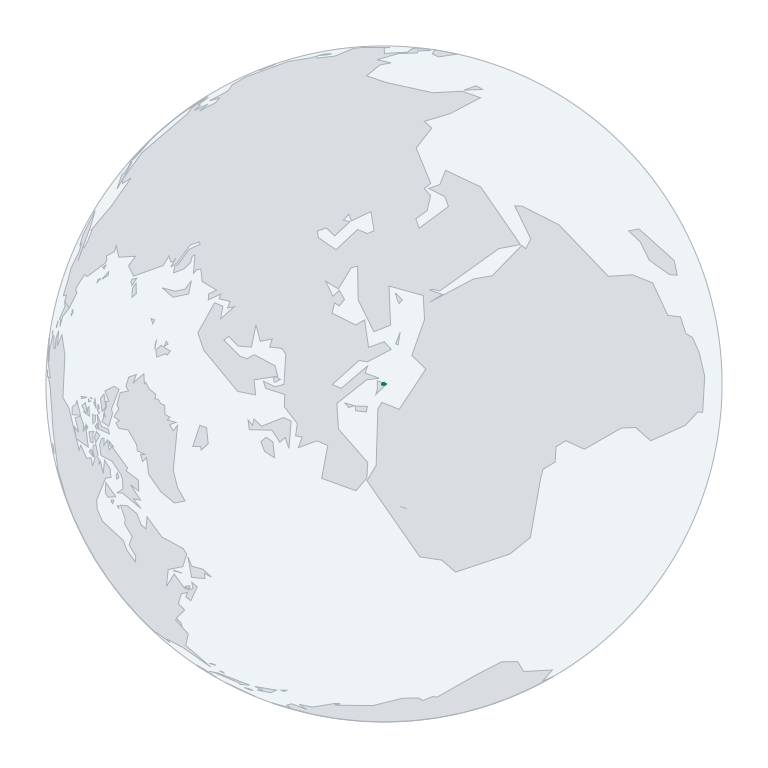 Siracusa highlighted on a globe, orthographic projection, rotated 278°
{"feature_id": "ITA-5414", "entity_name": "Siracusa", "entity_type": "Province", "adm_level": 1, "iso_a3": "ITA", "parent_name": "Italy", "parent_adm1": "", "projection": "orthographic", "projection_center": [15.03, 37.033], "detail": "medium", "context": "on_globe", "style": "filled", "palette": "green", "viewbox_px": 768, "rotation_deg": 278, "n_neighbors": 0, "source": "natural_earth", "source_scale": "10m", "svg_char_len": 11331}
<svg xmlns="http://www.w3.org/2000/svg" viewBox="0 0 768 768"><g transform="rotate(278 384 384)"><circle cx="384" cy="384" r="338" fill="#eef3f6" stroke="#a8b0b8"/><path d="M229.9,83.3L238.3,79.4L228.9,84.1L235.3,81.4L247.5,75.8L254.0,72.9L292.4,62.7L333.6,54.1L344.3,50.8L343.8,52.7L362.5,47.3L383.4,46.2L361.1,48.0L359.9,48.9L374.8,47.9L376.8,48.7L385.1,49.0L386.1,50.3L373.1,52.3L373.5,53.5L384.0,52.8L391.6,54.5L376.1,55.1L387.9,58.2L368.2,64.0L326.0,67.9L316.3,75.3L276.1,91.3L281.1,92.2L269.0,100.0L270.1,104.2L262.3,106.8L270.0,108.1L276.9,105.0L282.6,104.7L283.9,107.1L274.2,110.6L272.2,109.8L270.0,112.2L264.6,113.0L268.0,114.0L256.1,118.4L269.7,117.9L261.8,124.7L253.4,126.6L252.0,121.3L228.9,115.6L219.9,117.5L208.7,124.6L192.5,147.8L183.5,152.6L173.1,162.8L179.0,162.0L189.3,154.0L197.7,155.9L209.3,146.7L214.4,146.5L227.3,139.9L227.7,146.7L221.2,157.2L210.6,163.3L207.4,168.4L219.5,167.8L201.6,185.2L193.2,207.9L188.3,212.3L175.2,210.2L170.2,196.1L153.3,196.7L166.6,202.6L154.2,214.8L153.1,219.8L155.2,223.3L160.9,221.3L157.1,227.3L142.5,222.8L145.7,217.3L150.3,218.5L147.9,212.4L137.9,210.9L132.4,218.0L123.3,210.9L119.2,216.2L114.9,218.1L122.0,209.9L109.1,225.0L97.5,224.0L79.6,251.8L94.6,222.6L98.3,212.7L101.3,204.0L98.2,208.2L106.3,193.1L106.6,191.1L105.4,192.8L119.6,173.6L135.2,155.4L152.0,138.3L169.9,122.5L189.0,108.1L209.0,94.9L229.9,83.3ZM78.4,239.7L79.7,237.2L76.6,245.3L70.2,258.6L78.4,239.7ZM66.1,269.4L61.5,284.1L56.7,299.8L66.1,269.4ZM52.7,317.3L51.9,322.9L50.1,336.9L52.4,332.4L54.5,337.1L50.9,352.9L54.9,344.6L54.1,358.2L60.6,379.1L59.2,381.1L64.0,417.9L75.3,445.7L77.9,461.8L76.0,466.6L81.2,475.4L81.4,480.3L107.5,514.1L125.3,539.2L127.7,555.0L118.7,562.3L124.2,590.4L111.7,582.3L117.7,591.9L118.4,592.9L103.7,572.7L90.5,551.5L78.9,529.3L69.0,506.4L60.8,482.8L54.4,458.6L49.8,434.0L47.0,409.2L46.1,384.2L47.0,359.2L47.1,358.2L50.2,333.7L51.2,326.0L50.6,328.7L52.7,317.3ZM74.7,259.7L67.1,293.1L66.5,283.1L67.5,282.9L70.5,272.3L74.3,257.9L75.2,250.6L74.7,259.7ZM82.2,254.2L83.1,249.7L82.9,253.1L82.2,254.2ZM256.5,71.7L247.5,75.7L235.8,80.9L243.0,77.3L256.5,71.7ZM279.2,64.1L275.5,65.6L268.8,67.2L272.9,65.8L279.2,64.1ZM351.5,48.9L343.8,49.9L350.6,48.8L351.5,48.9ZM386.1,48.8L387.6,48.5L391.3,48.9L386.1,48.8ZM226.1,136.8L226.6,138.4L224.0,138.7L226.1,136.8ZM231.2,132.7L227.8,132.1L229.7,130.1L231.7,130.5L231.2,132.7ZM396.2,51.5L401.6,52.7L393.8,51.8L396.2,51.5ZM235.0,134.1L233.5,126.6L236.9,123.3L247.7,122.2L235.0,134.1ZM403.2,53.6L416.4,57.3L421.1,56.4L415.5,61.7L406.1,56.3L395.8,55.1L402.5,54.8L403.2,53.6ZM278.5,103.0L271.3,106.4L276.1,101.4L278.5,103.0ZM280.3,100.0L287.0,86.8L298.4,83.6L293.9,88.3L307.7,83.0L309.9,87.9L302.8,91.9L295.0,92.9L301.8,94.1L280.3,100.0ZM410.2,64.4L411.5,65.9L407.7,64.8L410.2,64.4ZM285.2,104.2L285.6,101.6L295.5,98.5L296.6,103.3L293.1,102.7L285.2,104.2ZM310.2,79.5L317.8,78.4L321.7,82.0L325.1,82.1L311.0,87.8L310.2,79.5ZM291.5,104.7L296.9,105.9L293.5,109.7L285.6,106.7L291.5,104.7ZM297.6,95.8L302.4,94.7L300.1,96.8L297.6,95.8ZM284.2,124.9L284.4,121.3L289.6,119.3L284.2,124.9ZM299.2,106.2L300.4,104.9L302.4,103.8L305.2,105.5L299.2,106.2ZM314.7,90.1L314.7,92.0L320.7,87.9L323.9,90.9L313.8,94.2L319.5,94.0L320.5,95.0L311.2,96.8L314.7,90.1ZM314.3,104.2L302.6,110.3L301.1,117.2L296.4,119.0L299.7,107.7L314.3,104.2ZM313.3,99.6L312.8,102.8L307.2,103.2L304.1,101.3L313.3,99.6ZM329.6,91.8L327.4,86.4L329.6,85.9L329.6,91.8ZM314.9,106.1L317.7,104.6L315.5,106.5L314.9,106.1ZM326.3,95.9L325.2,94.0L327.9,93.4L326.3,95.9ZM324.3,103.6L320.5,105.4L318.2,104.0L324.3,103.6ZM326.1,100.0L330.0,99.7L319.7,102.4L325.2,99.1L326.1,100.0ZM329.0,95.8L330.2,94.8L329.1,96.7L329.0,95.8ZM335.0,108.1L322.6,111.8L317.6,108.6L330.3,105.3L335.0,108.1ZM233.1,532.2L207.7,481.1L217.7,465.7L217.8,443.6L285.9,380.6L302.3,387.6L358.2,381.4L365.5,384.4L361.0,402.6L404.6,423.4L416.2,407.6L453.6,415.2L477.1,410.5L481.7,375.3L443.2,382.3L434.4,366.7L463.6,346.8L497.0,341.4L494.6,335.3L471.8,325.6L477.6,312.0L463.6,321.3L470.6,326.7L462.1,333.1L455.1,328.7L457.5,323.7L446.9,322.7L438.5,347.7L444.7,355.9L418.1,363.6L425.9,378.3L419.3,386.3L403.7,364.6L403.8,355.9L376.2,332.8L373.7,342.3L399.5,365.2L392.3,363.8L389.0,378.4L385.7,366.2L358.2,340.0L333.0,345.2L304.0,378.8L288.6,380.1L274.4,371.0L281.9,335.4L315.3,336.9L318.4,325.6L309.1,308.0L320.0,310.4L320.3,303.7L332.7,303.7L347.6,288.5L359.8,287.2L363.3,267.3L370.0,264.2L366.0,276.6L369.8,285.0L399.9,282.6L405.0,278.0L404.8,265.6L413.1,267.1L409.0,255.5L425.1,248.9L402.1,247.6L401.3,234.4L409.6,223.6L405.2,219.3L391.6,237.3L389.9,244.8L395.0,251.5L386.8,273.6L377.0,277.7L370.0,254.7L355.3,258.4L356.3,240.1L392.4,200.8L408.8,192.6L440.9,205.0L438.5,213.6L425.8,213.1L439.7,225.0L437.5,218.5L444.4,220.1L445.4,209.0L450.3,209.7L442.8,198.3L448.9,197.9L453.6,205.2L460.2,189.7L472.3,186.7L471.4,183.0L467.1,179.9L485.3,178.9L483.9,176.3L477.3,175.5L470.2,169.9L464.7,160.1L471.3,160.3L474.2,163.8L490.2,172.2L496.8,182.4L499.0,181.5L494.8,172.8L475.3,162.5L470.1,156.6L479.8,160.3L475.8,158.4L475.3,155.6L481.0,153.3L470.6,148.9L456.0,121.0L465.6,114.6L475.9,120.2L472.7,103.7L483.7,99.6L477.7,98.7L472.1,91.3L468.5,92.4L465.2,91.4L449.2,75.2L450.5,72.2L436.8,65.9L433.6,65.7L431.8,67.3L415.5,61.7L421.1,56.4L427.9,57.1L426.8,54.1L442.4,56.6L454.9,57.9L472.6,63.6L480.9,64.8L479.5,63.6L489.7,65.1L515.6,73.8L500.8,71.8L463.2,63.8L479.1,67.0L477.3,68.2L484.2,70.7L495.2,73.4L495.4,72.4L522.5,89.4L552.8,104.8L546.2,97.2L550.7,96.9L579.3,112.0L624.0,151.6L630.4,155.1L636.5,161.1L643.5,170.2L634.9,161.5L634.4,163.6L628.4,157.8L636.8,170.9L628.6,163.3L639.1,178.0L644.4,181.2L640.1,171.8L652.7,188.9L659.1,192.0L669.2,205.0L690.0,244.2L697.0,266.6L699.4,272.2L697.4,272.7L702.0,290.0L711.8,306.5L714.1,315.0L718.1,343.2L716.9,337.4L711.5,338.5L715.8,361.0L720.1,365.3L721.8,380.8L720.8,383.9L718.5,371.1L716.5,370.9L713.2,352.3L704.2,332.1L703.0,346.3L699.4,335.6L686.8,323.8L682.9,343.8L679.2,391.9L684.8,420.7L680.9,439.7L661.0,411.9L649.7,387.3L644.0,395.7L622.3,383.0L589.1,402.3L583.1,396.7L577.1,403.9L561.7,402.6L552.0,392.5L543.2,397.2L568.7,423.1L578.0,418.2L583.9,401.0L589.4,411.6L604.2,415.3L592.5,452.5L541.1,499.6L534.0,478.8L484.0,426.3L484.4,418.5L484.1,417.7L483.3,416.3L480.9,429.4L471.6,418.2L500.5,458.1L506.3,476.2L540.4,501.2L537.7,505.6L548.1,509.2L578.6,488.7L579.3,496.0L566.1,534.9L521.9,591.1L526.7,614.9L521.5,635.9L491.5,655.5L491.7,668.3L475.8,675.9L473.1,682.9L459.0,691.7L436.3,700.5L400.3,703.5L400.0,698.6L384.9,688.0L364.9,656.0L375.9,639.3L373.5,625.3L347.3,591.5L353.2,571.9L345.7,563.1L330.5,564.3L321.6,553.3L312.2,552.2L252.3,550.3L233.1,532.2ZM265.0,417.1L263.7,423.8L265.0,417.1ZM534.4,352.9L553.0,347.1L540.9,328.9L547.1,325.5L540.7,320.9L539.9,327.7L523.8,314.5L530.5,305.3L526.3,296.8L519.9,298.5L510.2,317.9L533.3,336.3L530.6,346.6L534.4,352.9ZM60.9,379.6L61.3,385.2L59.9,381.9L60.9,379.6ZM64.0,287.7L63.5,292.4L62.5,297.0L62.3,294.4L64.0,287.7ZM66.6,324.7L67.3,331.1L65.5,327.1L66.6,324.7ZM66.4,298.1L65.9,320.2L62.5,314.5L63.3,300.8L64.2,306.5L66.4,298.1ZM77.2,260.7L76.4,264.5L75.0,266.4L77.2,260.7ZM82.0,256.8L81.9,256.0L83.4,252.4L82.0,256.8ZM155.1,215.0L156.1,215.6L157.1,220.0L154.3,219.7L155.1,215.0ZM175.3,230.6L168.8,239.9L171.5,232.7L166.4,233.7L165.7,220.4L185.8,213.8L176.8,218.9L175.3,230.6ZM170.4,202.0L168.6,210.4L169.8,201.5L170.4,202.0ZM309.8,270.1L314.8,274.7L311.2,282.0L295.7,286.0L300.7,275.1L309.8,270.1ZM322.7,279.6L320.0,257.0L329.5,254.4L324.7,259.5L331.2,260.1L325.1,268.7L336.8,289.2L334.4,297.2L307.1,298.8L317.3,293.5L311.8,289.0L322.7,279.6ZM296.5,211.1L295.5,203.3L317.5,207.4L315.9,214.4L300.4,218.2L293.1,212.2L296.5,211.1ZM254.4,134.5L252.6,132.7L255.3,131.6L259.0,132.2L254.4,134.5ZM283.9,123.4L265.1,141.9L262.1,140.6L254.7,154.1L243.8,156.0L249.0,147.0L235.1,159.1L235.4,151.8L226.9,160.6L239.5,140.4L239.2,134.9L243.6,140.1L253.6,138.3L257.8,136.0L269.6,125.4L273.9,113.7L284.5,110.8L290.9,111.9L291.4,114.3L284.4,115.2L290.2,117.7L280.5,121.0L283.9,123.4ZM358.9,137.3L350.5,135.6L360.6,144.8L350.9,146.6L352.7,147.6L346.4,152.1L342.0,159.4L337.3,159.3L337.6,162.3L333.5,165.6L332.3,169.8L323.4,171.3L321.3,176.7L318.3,174.4L317.0,183.4L314.0,177.5L308.4,181.8L314.3,185.3L269.2,187.3L252.7,194.0L240.5,203.3L237.0,192.9L246.2,178.1L261.7,163.6L278.1,159.1L273.6,155.7L280.1,152.8L281.0,156.7L283.5,149.0L289.1,147.7L302.9,137.2L303.1,127.7L308.2,124.0L310.9,127.1L314.0,121.3L322.6,124.9L326.4,122.5L338.7,124.0L341.7,132.1L345.8,128.8L355.3,130.3L358.9,137.3ZM338.3,108.7L344.2,117.0L341.8,122.4L321.4,117.6L316.8,119.3L303.7,117.3L307.5,109.8L310.9,111.0L315.1,110.4L312.2,113.0L317.6,110.6L322.5,112.3L328.0,111.0L328.4,113.9L338.3,108.7ZM372.6,377.4L378.0,378.1L386.3,376.9L384.3,386.4L372.6,377.4ZM353.5,359.8L358.2,358.6L359.5,370.7L353.9,370.3L353.5,359.8ZM359.7,348.1L358.4,357.6L355.8,352.3L359.7,348.1ZM370.3,275.1L375.3,273.4L376.2,276.3L374.0,280.7L370.3,275.1ZM386.8,167.8L382.4,165.2L383.5,163.6L379.1,155.1L386.0,153.4L391.3,158.0L386.8,167.8ZM475.8,382.5L469.8,390.4L465.9,387.9L468.8,385.7L475.8,382.5ZM425.4,389.9L437.5,392.8L424.7,392.5L425.4,389.9ZM393.5,164.6L390.9,161.1L396.0,162.5L393.5,164.6ZM390.8,151.9L396.5,152.6L386.3,152.3L390.8,151.9ZM573.1,614.8L546.7,654.1L532.5,659.3L532.1,651.5L543.4,629.6L560.6,617.8L569.6,605.0L573.1,614.8ZM720.9,409.8L720.8,410.0L715.5,392.5L717.6,385.9L721.8,387.7L721.8,393.0L721.8,393.4L720.9,409.8ZM686.1,422.3L692.2,433.8L689.4,440.5L686.1,422.3ZM702.7,279.8L703.8,286.2L702.2,282.5L699.8,272.2L702.7,279.8ZM677.0,216.6L683.2,227.3L685.7,231.9L683.1,227.7L677.0,216.6ZM448.3,151.0L446.8,164.3L450.3,173.9L459.4,178.9L446.0,178.0L440.6,163.1L448.3,151.0ZM454.4,124.4L446.4,120.8L450.1,119.2L452.5,119.8L454.4,124.4ZM449.4,124.4L439.0,126.2L434.8,122.3L443.7,121.6L449.4,124.4ZM416.5,144.2L415.5,148.1L411.5,146.7L416.5,144.2ZM635.1,157.9L631.4,154.0L627.1,149.4L630.9,153.3L635.1,157.9ZM620.4,142.5L624.8,146.9L636.2,159.7L636.2,159.2L645.0,169.4L641.3,165.7L628.0,150.8L620.6,142.8L612.7,135.5L603.1,126.8L594.7,120.2L588.2,115.2L593.6,119.0L597.6,122.1L620.4,142.5ZM591.3,117.8L573.1,105.8L568.2,101.3L571.1,102.8L581.5,110.1L583.5,112.0L591.3,117.8ZM567.3,101.8L569.0,103.7L546.0,95.1L539.9,92.4L554.8,95.3L557.3,97.5L563.8,100.8L567.3,101.8ZM414.7,65.5L411.8,65.8L412.8,64.7L414.7,65.5ZM463.4,92.3L459.0,90.8L460.3,89.1L463.4,92.3ZM447.6,86.1L449.2,89.0L444.7,85.8L447.6,86.1ZM453.2,95.8L448.5,90.1L456.9,95.7L453.2,95.8Z" fill="#d9dde1" stroke="#a8b0b8" stroke-width="1"/><path d="M384.3,382.1L384.3,382.3L384.7,382.5L384.9,382.5L385.0,382.6L385.1,382.8L385.0,382.7L385.0,382.8L384.9,382.8L384.7,383.0L384.8,383.2L384.9,383.3L385.0,383.2L385.0,383.3L384.9,383.3L385.0,383.4L385.0,383.5L385.3,383.6L385.3,383.8L385.2,383.8L385.3,383.9L385.4,384.0L385.1,384.2L385.1,384.3L384.9,384.4L384.9,384.5L384.7,384.5L384.4,385.3L384.3,385.5L384.5,386.0L384.4,386.2L384.2,386.2L383.9,385.9L383.9,386.0L383.8,385.6L383.7,385.4L383.2,385.2L383.3,385.0L383.5,385.1L383.5,384.9L383.3,384.8L383.2,384.7L383.1,384.4L383.4,384.6L383.5,384.6L383.4,384.3L383.4,384.2L383.2,384.0L383.0,383.8L383.0,383.7L382.9,383.5L382.9,383.4L383.0,383.5L383.1,383.4L383.2,383.2L382.9,383.0L382.8,382.9L382.9,382.7L383.0,382.7L383.3,382.5L383.2,382.3L382.9,382.3L382.9,382.2L383.1,382.1L383.2,381.9L383.4,381.8L383.5,381.8L383.8,382.0L384.0,382.0L384.3,382.1Z" fill="#22c55e" stroke="#15803d" stroke-width="1.5"/></g></svg>